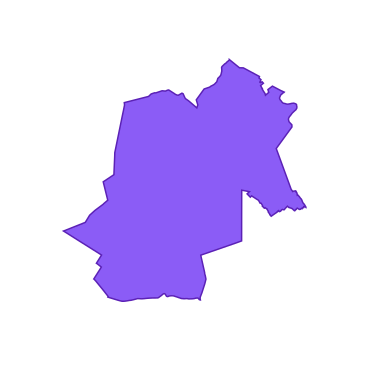 San Blas Atempa, Oaxaca, Mexico (orthographic projection), rotated 212°
{"feature_id": "50627088B2240066816782", "entity_name": "San Blas Atempa", "entity_type": "district", "adm_level": 2, "iso_a3": "MEX", "parent_name": "Mexico", "parent_adm1": "Oaxaca", "projection": "orthographic", "projection_center": [-95.19, 16.36], "detail": "fine", "context": "isolated", "style": "filled", "palette": "violet", "viewbox_px": 384, "rotation_deg": 212, "n_neighbors": 0, "source": "geoboundaries", "source_scale": "gbopen_adm2", "svg_char_len": 5073}
<svg xmlns="http://www.w3.org/2000/svg" viewBox="0 0 384 384"><g transform="rotate(212 192 192)"><path d="M280.3,90.8L235.3,90.6L235.3,80.9L234.4,80.9L229.1,80.3L229.1,77.7L229.2,66.2L228.9,66.2L226.4,65.5L222.9,64.3L214.4,61.4L207.8,59.0L207.7,58.3L206.3,58.6L197.1,61.1L195.1,61.7L193.4,62.3L191.4,63.6L190.2,64.6L188.8,65.8L187.6,66.9L186.4,67.8L184.5,69.7L181.6,72.8L179.8,73.8L178.0,74.8L176.1,76.2L174.2,77.7L172.2,79.2L169.9,80.8L167.9,82.1L166.5,83.0L165.1,83.9L164.4,84.7L163.9,86.1L163.1,88.0L162.5,90.0L162.2,90.6L161.7,91.1L161.2,91.2L160.6,91.2L159.8,90.8L159.2,90.5L158.4,90.1L157.6,90.2L157.0,90.6L156.6,91.2L156.2,91.7L155.9,92.0L155.6,92.2L154.7,93.0L154.2,93.2L153.1,93.9L152.3,94.2L151.7,94.4L150.9,94.5L150.3,94.7L149.7,94.9L149.0,95.0L148.3,95.2L147.7,95.3L146.9,95.5L146.2,95.7L145.6,95.8L144.8,96.0L144.2,96.2L143.6,96.5L143.1,96.9L142.5,97.1L142.4,97.1L140.6,98.4L139.7,99.0L138.1,99.6L135.0,101.7L133.6,102.8L132.7,103.8L132.0,104.4L130.8,105.2L129.8,105.0L128.9,104.6L128.2,104.7L127.7,104.9L128.7,106.0L129.3,107.2L130.2,111.8L132.5,120.9L134.0,125.5L136.4,128.1L137.7,129.2L138.6,130.4L149.3,141.2L150.0,141.9L151.1,143.1L127.2,172.7L124.0,176.8L137.9,199.1L150.8,219.9L143.5,222.7L144.3,219.6L142.7,219.2L139.8,218.5L139.4,220.3L133.9,220.2L131.2,220.2L128.3,218.6L127.4,219.1L125.4,218.1L124.9,217.7L124.9,217.3L122.1,216.6L121.8,216.9L121.7,217.4L119.3,217.3L119.3,217.1L117.0,216.1L116.9,215.5L113.6,214.1L113.7,213.9L112.0,213.4L109.8,218.6L109.6,218.9L109.1,220.3L109.1,220.5L109.3,220.7L109.3,220.8L108.7,222.1L108.4,221.9L108.1,221.8L108.0,221.6L107.9,221.6L107.7,221.6L107.3,221.8L107.1,222.1L106.8,222.6L106.7,222.7L106.7,222.8L106.7,223.1L106.6,223.4L106.6,223.5L106.6,223.8L106.6,224.0L106.5,224.3L106.4,224.6L106.2,225.0L105.8,225.3L105.7,225.3L105.4,225.3L105.1,225.4L104.7,225.6L104.3,226.0L104.3,226.7L104.3,226.9L104.2,227.6L104.1,228.0L103.8,229.5L103.6,230.5L102.5,230.3L102.1,230.3L101.8,230.3L101.7,230.2L101.4,230.2L101.1,230.4L100.9,230.4L100.8,230.5L100.6,230.5L100.2,230.6L99.8,230.7L99.6,230.8L99.2,230.8L98.4,231.0L98.2,231.0L98.0,230.9L97.9,230.9L97.3,230.8L97.0,230.7L96.4,230.6L95.7,230.5L95.5,230.4L95.1,230.4L94.8,230.7L94.8,231.1L94.9,231.3L94.8,231.6L94.8,231.8L94.7,231.8L94.6,232.3L94.4,232.4L94.4,232.6L94.4,232.8L94.4,233.1L94.3,233.5L94.3,233.9L94.2,234.1L93.8,234.1L93.4,234.1L92.7,234.1L92.1,234.1L91.9,234.1L91.7,234.1L91.6,234.3L91.2,234.7L91.0,234.8L90.9,234.8L90.8,235.0L90.7,235.2L90.7,235.4L90.6,235.5L90.4,236.0L90.2,236.2L89.8,236.3L89.9,236.5L90.0,236.6L90.0,236.8L89.9,236.8L89.6,237.2L89.5,237.4L89.1,237.8L89.4,238.3L89.5,238.6L89.4,238.6L89.3,238.9L89.1,239.0L88.6,239.7L88.1,239.3L87.9,239.1L87.6,239.0L87.6,238.9L87.5,239.1L87.2,239.2L87.3,239.3L87.5,239.6L88.0,239.9L88.2,240.0L88.5,240.1L89.3,240.6L90.9,241.3L91.0,241.3L91.6,241.4L91.7,241.5L91.9,241.6L92.1,241.6L92.3,241.7L92.5,241.8L92.8,242.0L93.0,242.1L93.3,242.3L93.4,242.5L93.5,242.5L93.8,242.8L94.1,243.0L94.4,243.2L94.7,243.4L94.8,243.5L95.0,243.6L95.4,243.8L95.8,244.0L96.2,244.1L96.5,244.1L97.0,244.3L97.5,244.5L97.9,244.7L98.3,244.8L98.6,245.0L98.8,245.0L99.2,245.1L99.4,245.2L100.1,245.4L100.8,245.6L100.9,245.3L101.0,245.1L101.5,245.7L102.5,246.8L103.2,247.0L103.3,247.2L103.5,247.3L103.8,247.5L104.1,247.3L104.3,247.5L104.7,247.9L106.1,246.7L106.4,246.5L106.6,246.3L106.7,246.0L106.8,245.8L109.3,246.8L143.6,273.5L141.7,300.1L142.9,301.9L146.4,302.8L147.1,303.1L148.0,304.0L148.7,304.7L149.2,305.9L149.3,307.7L149.0,308.9L149.0,309.7L148.8,312.1L147.9,315.5L147.5,316.7L147.5,317.5L147.6,318.8L148.1,319.6L148.5,320.2L149.0,320.5L149.3,321.1L149.8,321.6L150.3,321.7L150.9,321.7L151.9,321.5L152.9,321.2L153.6,320.6L154.1,320.3L155.2,319.2L155.9,318.5L156.8,317.7L157.7,317.0L158.8,316.6L160.1,316.3L161.5,315.7L162.2,315.7L163.6,316.0L164.7,316.5L166.1,316.9L166.9,317.4L167.5,318.0L167.8,318.8L168.0,320.2L168.1,320.7L168.1,321.6L167.6,322.8L167.7,323.4L167.3,324.2L166.8,325.0L166.7,325.6L168.3,325.4L170.4,325.1L179.9,324.4L181.9,319.1L179.7,317.1L181.0,313.0L182.2,314.2L185.3,315.6L187.2,316.7L187.1,316.9L189.7,318.3L190.2,318.6L189.1,322.1L190.2,322.4L190.9,322.6L191.2,322.0L191.4,322.0L192.0,321.0L192.7,321.1L193.0,323.8L195.6,324.2L196.0,325.7L214.2,324.5L217.6,322.5L230.5,324.1L230.3,323.8L230.7,322.3L230.9,321.8L231.3,320.6L231.6,318.9L232.1,318.1L233.0,314.5L233.0,314.0L233.0,313.7L232.9,313.3L231.8,311.8L230.8,310.3L229.8,307.4L229.5,306.2L229.7,304.5L230.3,302.0L230.0,301.0L229.7,299.7L229.5,299.1L229.4,298.4L229.7,297.3L229.9,296.1L230.2,295.0L231.0,293.5L232.2,291.5L232.6,290.3L232.7,290.2L236.3,285.8L237.2,272.4L233.2,268.9L232.5,265.9L243.1,267.5L246.7,267.7L247.7,268.0L248.6,268.6L251.6,270.6L252.9,270.5L254.9,266.8L256.0,266.3L257.9,266.0L258.5,266.1L265.8,266.2L266.8,265.3L268.0,263.5L271.0,262.0L275.2,256.9L276.4,256.2L278.6,253.5L279.5,250.0L296.8,231.9L295.3,230.0L293.4,225.0L291.8,220.6L278.3,184.4L276.7,181.7L267.4,165.3L272.7,153.6L259.1,140.4L260.7,135.3L260.8,134.6L264.5,125.1L266.5,118.1L266.4,109.7L280.3,90.8Z" fill="#8b5cf6" stroke="#5b21b6" stroke-width="1.5"/></g></svg>